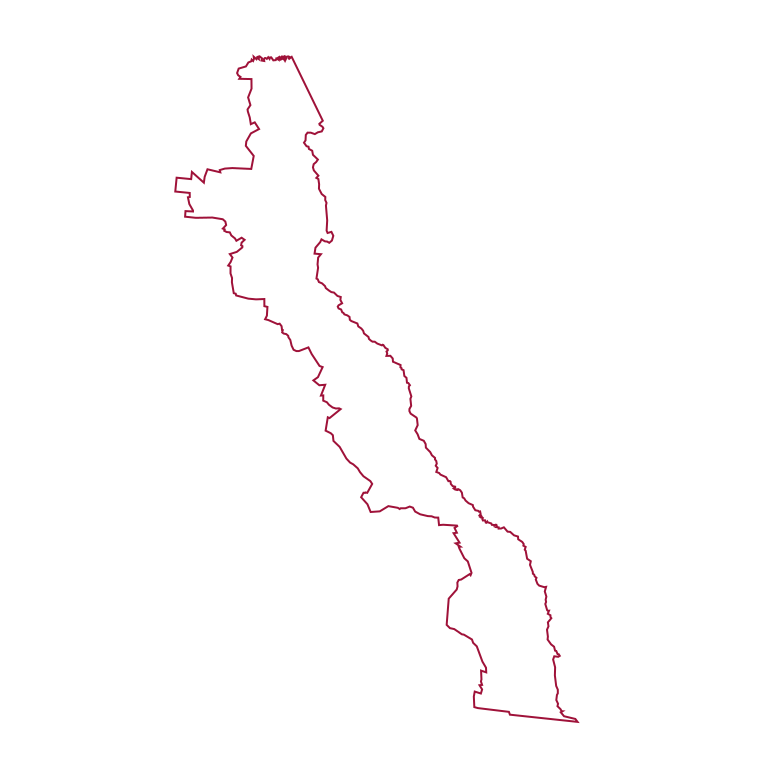 Pijiño Del Carmen, Magdalena, Colombia (Robinson projection), rotated 276°
{"feature_id": "7082276B92401866793230", "entity_name": "Pijiño Del Carmen", "entity_type": "district", "adm_level": 2, "iso_a3": "COL", "parent_name": "Colombia", "parent_adm1": "Magdalena", "projection": "robinson", "projection_center": [-74.146, 9.518], "detail": "fine", "context": "isolated", "style": "outline", "palette": "rose", "viewbox_px": 768, "rotation_deg": 276, "n_neighbors": 0, "source": "geoboundaries", "source_scale": "gbopen_adm2", "svg_char_len": 6142}
<svg xmlns="http://www.w3.org/2000/svg" viewBox="0 0 768 768"><g transform="rotate(276 384 384)"><path d="M699.7,258.0L697.5,255.7L697.9,255.3L699.3,256.3L699.8,254.5L699.4,253.3L695.1,251.8L696.3,251.0L698.9,251.7L699.7,251.0L699.1,250.0L696.6,249.8L697.0,248.9L699.0,248.8L699.1,248.3L698.2,247.8L696.5,248.2L695.7,247.3L696.0,246.6L697.9,246.7L698.5,245.9L697.3,244.4L695.5,245.1L696.5,242.9L694.8,242.5L694.3,240.1L697.1,237.7L696.9,236.6L695.3,236.2L696.9,234.7L695.1,233.5L695.8,232.1L695.6,231.3L694.4,230.6L692.7,231.1L692.9,228.3L695.1,228.7L696.9,226.0L696.6,225.2L694.0,225.6L694.5,224.8L696.2,224.5L696.0,223.8L693.7,223.2L695.9,220.2L693.8,220.7L691.6,220.1L692.8,218.5L691.1,218.3L689.6,215.5L685.4,213.5L682.5,206.5L677.9,205.4L675.8,206.7L674.4,209.2L672.4,208.2L673.4,220.3L663.9,221.4L654.8,218.9L647.4,222.0L642.8,219.6L640.8,220.1L635.1,222.6L628.5,224.4L630.7,228.1L624.5,233.1L619.3,225.4L610.8,221.7L606.4,221.7L597.2,230.6L584.0,229.5L582.9,210.6L581.6,203.2L579.6,198.3L577.4,199.1L579.1,186.0L571.3,184.0L565.4,183.8L574.8,170.8L567.6,170.8L567.5,156.2L553.6,156.3L553.7,170.8L549.7,171.3L549.2,169.5L542.6,171.6L536.6,175.9L535.6,176.0L535.2,168.5L529.6,168.7L529.6,179.5L531.6,195.9L531.0,206.4L529.0,209.2L525.6,210.4L521.7,207.5L521.1,209.4L519.7,209.1L518.7,211.6L518.7,214.8L515.8,216.6L513.2,220.6L511.0,222.2L514.6,227.1L512.8,230.3L509.7,227.6L507.0,227.4L506.3,228.8L505.0,228.8L500.0,223.8L497.1,217.1L493.9,220.1L489.2,218.7L485.5,216.7L484.9,219.1L477.9,219.8L473.5,221.8L469.3,222.1L458.6,225.1L458.3,227.1L456.6,227.7L454.7,240.1L454.8,247.9L456.0,256.1L448.9,256.9L448.5,260.0L439.7,260.4L436.0,259.0L435.5,262.3L432.4,272.0L433.1,273.9L430.8,276.1L426.9,277.0L426.9,277.7L424.7,277.3L423.7,278.9L423.4,281.6L421.9,283.7L420.4,284.1L418.0,286.2L412.5,288.1L408.6,290.5L407.6,293.4L407.9,296.0L412.5,305.0L406.3,308.9L395.2,318.0L394.4,321.2L383.9,317.6L380.2,313.4L376.0,319.8L377.1,325.6L365.9,322.5L366.3,324.8L361.1,325.3L359.9,329.1L357.6,331.4L355.3,335.3L354.6,338.7L355.1,341.9L354.5,343.5L344.4,333.4L345.0,331.6L331.5,330.8L329.5,336.2L327.7,338.5L322.1,339.7L316.8,346.5L305.9,354.4L302.3,358.5L300.9,361.8L297.4,366.7L293.8,369.4L290.1,373.2L286.0,380.6L283.4,382.7L274.0,378.7L274.2,376.8L273.7,376.5L273.7,375.0L269.0,373.1L262.7,380.1L255.3,384.1L256.9,393.1L263.0,401.1L262.3,410.7L261.3,412.7L262.1,413.4L262.7,418.4L264.8,422.4L264.0,425.7L260.4,428.3L258.2,433.6L257.2,441.4L257.4,445.2L256.5,448.5L256.8,451.9L249.4,453.5L250.2,457.5L250.8,471.4L250.3,471.7L248.2,469.2L243.7,472.0L242.9,468.8L234.1,475.7L233.0,472.0L230.2,477.0L229.9,475.4L228.2,476.2L219.1,482.1L216.3,485.9L205.3,490.8L202.9,490.1L203.9,489.1L197.6,481.2L196.9,478.8L194.2,477.7L190.4,478.3L187.2,477.8L177.3,470.8L151.0,471.5L148.1,475.1L147.6,479.5L143.2,487.6L143.1,489.6L139.1,498.2L135.9,499.7L132.8,503.7L118.2,510.9L112.5,515.1L107.9,515.8L109.1,510.5L100.4,511.8L98.3,511.5L95.0,513.0L94.4,510.5L90.5,513.5L86.3,512.7L87.6,506.4L82.6,506.0L72.1,507.6L71.5,511.2L71.0,542.5L68.3,543.8L68.2,611.8L70.9,609.3L72.4,597.8L76.0,594.1L77.2,595.7L77.2,594.8L79.1,593.5L81.7,590.2L84.2,590.5L87.7,588.4L92.9,588.5L94.5,589.2L98.2,588.8L101.7,586.8L112.1,584.4L120.1,583.8L127.7,581.0L131.0,581.8L130.9,585.8L132.0,587.2L133.5,586.0L133.5,584.9L136.5,583.2L136.7,582.0L140.5,580.6L142.5,577.4L147.0,573.4L149.9,573.4L156.7,571.8L160.2,572.9L164.1,571.9L168.6,574.9L169.7,573.9L171.4,573.7L172.6,570.9L175.8,571.8L175.6,570.6L176.1,569.9L182.1,567.4L184.2,568.0L186.4,567.3L189.5,567.7L194.5,565.6L199.2,566.4L198.7,564.7L199.7,559.4L201.3,557.5L205.4,555.4L207.2,555.9L208.4,554.0L210.1,553.3L210.9,551.9L212.7,551.6L219.4,548.1L223.1,548.5L225.2,544.6L233.0,542.3L233.9,541.3L236.8,541.9L237.8,539.5L239.4,539.7L241.3,538.1L243.6,533.7L246.3,533.2L247.1,529.1L250.1,525.0L250.1,522.3L254.0,518.2L252.5,515.5L252.2,513.1L253.4,513.0L253.4,510.5L254.3,511.1L255.7,510.5L255.7,509.6L254.5,508.5L255.3,508.1L255.2,506.0L256.5,505.3L257.3,501.6L258.0,501.1L256.7,500.4L256.8,499.7L259.0,498.7L258.6,496.6L260.2,495.8L261.1,496.3L262.1,494.8L261.5,494.1L261.9,493.4L262.9,494.6L263.5,494.1L263.6,492.9L264.8,493.7L267.3,492.9L266.9,491.9L267.7,491.0L268.0,488.0L271.3,485.4L272.9,485.0L274.3,480.6L276.6,477.3L278.7,475.7L279.4,474.1L284.1,472.8L286.3,470.9L287.2,468.9L287.0,468.1L286.5,468.6L286.2,468.0L286.5,465.7L287.4,464.2L288.5,465.6L289.3,465.5L289.6,463.0L291.6,460.9L293.8,460.4L294.4,459.6L294.1,458.2L297.8,455.5L299.8,449.6L301.2,448.2L302.0,445.2L306.1,446.1L308.1,444.0L310.3,444.8L312.9,444.0L314.3,442.6L315.8,442.5L318.1,439.1L321.1,437.1L325.1,432.3L328.6,431.7L331.7,429.5L333.1,424.9L337.5,422.7L341.1,419.9L346.6,421.8L353.0,420.4L354.0,419.8L357.3,413.6L359.7,412.1L361.8,411.9L365.1,413.3L372.0,411.8L374.5,412.5L382.3,409.1L384.3,409.0L385.5,409.9L387.5,408.1L387.7,406.7L392.5,405.7L394.1,403.4L399.8,402.0L400.4,400.0L401.7,399.7L402.3,398.6L404.6,398.5L407.1,390.6L410.3,390.0L412.7,387.4L412.2,383.5L414.8,384.0L416.6,383.1L417.8,384.2L418.9,384.1L420.1,381.5L422.7,379.3L422.9,378.6L422.2,377.9L423.5,373.1L425.1,370.4L424.9,368.1L425.9,366.2L427.2,364.4L429.2,363.6L432.2,358.8L434.8,357.7L436.8,355.7L438.6,352.4L441.4,351.2L443.2,344.9L444.3,343.3L447.1,342.7L448.4,340.4L449.1,337.3L450.5,336.2L450.9,335.0L453.6,333.6L454.4,330.9L456.1,329.9L457.5,330.6L459.9,333.9L463.1,331.8L466.0,331.9L466.7,328.5L469.7,324.7L469.9,322.0L471.2,319.5L473.3,316.1L475.2,315.1L477.6,311.9L478.6,308.6L481.2,307.2L481.8,305.8L492.7,306.3L496.0,305.4L502.9,305.3L506.5,307.7L506.4,301.3L512.4,301.6L518.4,305.7L521.3,306.7L519.7,310.3L519.7,312.6L518.7,314.8L521.2,317.2L526.1,318.1L529.8,315.8L528.3,312.1L530.5,310.9L540.8,310.4L555.4,307.6L558.1,307.9L560.8,306.3L563.9,306.1L566.4,302.2L571.4,298.9L575.9,298.6L581.0,297.3L581.9,295.2L584.3,297.0L589.1,291.9L592.0,290.7L595.3,291.1L597.6,293.3L600.3,294.8L604.5,289.4L608.5,288.2L609.9,284.8L612.1,284.1L612.4,282.1L615.6,279.2L618.1,280.5L623.5,280.2L626.0,281.7L626.3,284.9L625.3,289.1L627.4,291.9L628.7,295.7L632.0,297.0L633.4,295.9L635.0,292.9L636.0,292.5L639.4,295.6L699.7,258.0Z" fill="none" stroke="#9f1239" stroke-width="2"/></g></svg>